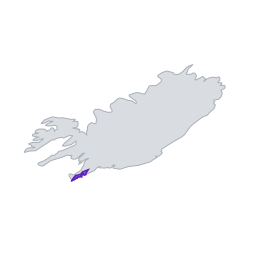 Grindavíkurbær, Suðurnes, Iceland shown in context, rotated 339°
{"feature_id": "244011B76002453234506", "entity_name": "Grindavíkurbær", "entity_type": "district", "adm_level": 2, "iso_a3": "ISL", "parent_name": "Iceland", "parent_adm1": "Suðurnes", "projection": "robinson", "projection_center": [-22.33, 63.889], "detail": "fine", "context": "in_parent", "style": "filled", "palette": "violet", "viewbox_px": 256, "rotation_deg": 339, "n_neighbors": 0, "source": "geoboundaries", "source_scale": "gbopen_adm2", "svg_char_len": 4799}
<svg xmlns="http://www.w3.org/2000/svg" viewBox="0 0 256 256"><g transform="rotate(339 128 128)"><path d="M193.5,95.8L195.7,95.9L199.3,95.0L204.3,92.5L206.4,92.0L211.4,92.0L205.5,94.4L203.4,97.0L201.8,98.3L201.9,98.9L206.2,100.5L208.2,100.0L209.2,100.2L210.0,100.9L210.7,102.4L210.4,104.0L209.3,105.6L207.7,106.9L207.9,107.3L209.3,107.5L216.3,106.7L217.2,108.6L217.9,109.3L217.7,109.9L215.1,112.0L218.3,110.7L220.8,110.3L225.3,110.9L227.2,111.7L228.4,113.0L230.6,112.6L231.6,113.3L231.7,114.1L230.9,116.3L228.3,117.4L230.0,119.0L231.4,119.0L231.6,119.4L231.5,120.3L229.6,121.4L233.0,122.7L233.5,123.1L233.4,124.5L232.9,125.3L231.9,125.8L229.5,125.9L228.0,126.4L228.6,127.3L228.2,129.8L226.5,131.8L224.7,132.9L223.0,133.6L218.1,132.8L218.4,134.6L216.7,135.6L217.1,136.6L217.7,137.0L217.5,138.2L215.4,140.6L213.9,141.3L210.8,142.3L206.4,144.5L201.8,144.4L190.7,147.5L186.4,149.2L178.6,154.3L175.3,155.6L169.6,156.3L152.4,159.6L150.5,161.6L150.5,162.0L151.3,162.8L150.0,164.2L147.4,165.2L146.2,165.2L144.0,164.3L143.7,164.7L144.6,165.8L136.2,167.5L124.4,166.6L114.0,164.1L105.7,163.6L99.9,160.2L99.7,159.7L100.3,158.7L102.4,158.2L101.4,157.2L97.9,159.0L96.8,158.9L95.3,158.2L95.2,157.5L92.3,157.2L87.2,155.0L86.8,154.5L88.0,153.8L87.8,153.7L85.1,153.8L81.1,155.8L57.5,156.6L56.7,155.5L55.8,151.6L56.6,150.0L57.6,150.1L60.3,152.4L66.6,151.1L69.2,150.3L71.5,148.1L72.9,147.5L74.8,144.7L76.7,143.1L80.7,142.3L77.1,141.8L71.2,144.0L69.2,144.0L70.2,143.0L72.2,142.0L70.8,141.9L70.3,141.4L70.2,140.4L71.2,138.8L78.2,135.9L76.6,135.3L71.7,137.5L68.2,138.3L65.3,137.3L63.9,135.9L64.0,135.3L65.7,133.6L65.4,133.3L64.3,133.1L61.2,131.5L56.3,131.7L44.1,130.8L34.9,133.0L32.7,131.9L30.9,129.7L31.3,128.9L32.9,128.4L37.4,128.5L44.0,127.4L47.0,126.1L48.2,126.5L48.7,127.1L52.8,126.1L55.0,125.0L58.6,125.6L72.3,125.0L74.1,123.6L74.8,121.9L74.5,121.6L69.4,123.1L68.3,123.1L62.5,122.3L60.4,121.3L61.1,120.6L64.1,119.0L72.0,116.3L73.1,115.8L73.2,115.1L70.1,114.0L64.2,114.3L62.7,112.9L57.8,112.1L54.5,112.6L52.8,111.8L33.6,116.1L27.3,114.1L22.9,113.8L22.5,113.2L25.1,111.3L26.9,111.0L28.7,111.1L32.1,112.5L34.4,112.9L31.5,110.9L31.4,109.1L30.5,108.6L29.6,107.4L30.0,107.0L33.5,107.2L39.1,109.4L41.9,109.0L45.5,107.6L37.4,106.9L35.0,105.2L36.8,104.3L40.9,104.4L36.3,101.5L36.1,101.0L36.9,99.7L42.7,100.8L39.7,99.1L39.6,98.7L40.4,98.4L40.9,97.4L42.4,97.0L45.3,97.3L49.8,99.3L50.5,99.9L50.6,101.9L52.4,101.6L54.5,101.8L56.3,100.5L57.5,100.8L58.5,102.0L58.3,104.7L59.6,103.8L61.7,103.7L62.0,101.5L61.6,99.7L54.7,97.7L52.0,96.2L52.3,95.7L53.7,95.2L60.9,94.8L57.8,94.0L57.0,93.1L51.6,93.4L48.8,93.0L48.8,92.6L49.9,91.9L53.2,90.5L59.5,90.4L62.0,90.8L66.9,93.8L70.8,95.1L77.3,99.2L81.5,100.8L81.7,101.2L81.0,101.7L79.4,102.2L81.9,103.0L83.4,104.0L83.5,104.5L82.2,107.8L80.6,108.9L76.7,108.3L77.7,109.3L80.4,110.5L81.1,111.1L80.7,111.7L82.0,111.5L82.4,111.9L81.8,113.8L81.1,114.5L83.4,114.8L85.0,115.8L87.0,119.6L88.0,116.7L88.6,115.6L89.5,115.2L90.6,112.2L93.2,110.4L95.6,109.8L98.1,111.9L99.9,112.1L101.8,108.4L102.0,105.7L101.3,102.7L101.6,100.6L102.8,99.3L104.5,99.0L107.9,100.2L110.9,103.2L115.3,106.4L118.4,107.2L118.9,107.1L119.4,106.0L118.9,101.8L120.2,99.6L123.8,99.0L129.2,97.0L130.4,96.9L133.2,98.1L138.1,102.3L141.6,104.3L143.5,107.4L144.3,108.0L145.0,107.0L145.0,105.6L140.7,99.1L140.6,98.2L141.0,97.5L148.4,97.9L150.1,98.6L155.4,102.3L157.9,100.8L162.8,96.4L164.5,96.6L168.9,98.3L170.6,98.2L175.6,96.6L176.6,94.5L174.2,90.4L175.1,89.5L179.7,88.5L184.7,88.7L190.1,92.6L190.4,94.4L193.5,95.8Z" fill="#d9dde1" stroke="#a8b0b8" stroke-width="1"/><path d="M71.5,152.7L69.8,152.7L68.3,153.6L68.0,153.9L65.0,154.1L64.1,153.9L63.1,154.1L62.5,153.4L60.1,154.5L57.4,156.3L56.4,157.1L56.5,157.2L56.5,157.3L56.8,157.3L56.9,157.2L57.0,157.2L57.3,157.0L57.5,157.0L57.5,156.9L57.8,156.9L58.0,156.8L58.3,156.8L58.5,156.8L58.8,156.9L58.9,157.0L59.0,157.0L59.4,157.0L59.5,157.1L59.8,157.0L60.0,157.0L60.1,156.9L60.3,156.8L60.2,156.7L60.3,156.7L60.5,156.5L60.8,156.6L61.0,156.6L61.3,156.6L61.5,156.5L61.5,156.4L61.8,156.4L62.0,156.3L62.0,156.2L62.1,156.3L61.9,156.3L62.0,156.3L61.9,156.4L62.0,156.4L62.1,156.5L62.3,156.7L62.5,156.7L62.5,156.4L62.8,156.3L62.9,156.2L63.0,156.1L63.3,156.0L63.4,155.9L63.5,155.9L63.8,155.9L64.0,155.9L64.0,156.0L64.3,156.0L64.5,156.2L64.8,156.2L65.0,156.2L65.3,156.2L65.4,156.3L65.5,156.3L65.8,156.4L66.0,156.4L66.2,156.5L66.3,156.4L66.3,156.5L66.5,156.5L66.9,156.5L67.0,156.5L67.3,156.5L67.3,156.4L67.4,156.5L67.4,156.4L67.4,156.5L67.5,156.4L67.7,155.8L67.8,155.6L68.0,155.5L68.1,155.4L68.4,155.3L68.5,155.1L68.7,154.9L68.9,154.7L69.0,154.4L69.4,154.2L69.7,154.4L69.8,154.4L69.9,154.5L70.0,154.5L70.2,156.4L70.3,156.4L70.5,156.4L70.8,156.4L71.0,156.4L71.3,156.4L71.5,156.4L71.8,156.4L72.0,156.4L71.9,155.8L75.5,153.0L75.9,152.7L71.5,152.7Z" fill="#8b5cf6" stroke="#5b21b6" stroke-width="1.5"/></g></svg>